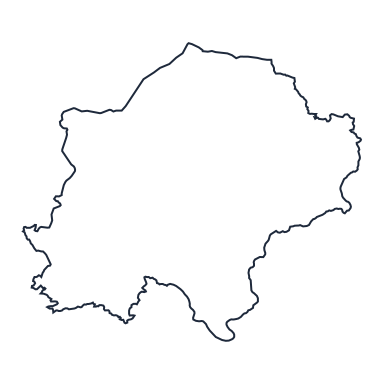 the district of Tesouro, Mato Grosso, Brazil
{"feature_id": "56859067B1460135185078", "entity_name": "Tesouro", "entity_type": "district", "adm_level": 2, "iso_a3": "BRA", "parent_name": "Brazil", "parent_adm1": "Mato Grosso", "projection": "orthographic", "projection_center": [-53.481, -15.916], "detail": "fine", "context": "isolated", "style": "outline", "palette": "slate", "viewbox_px": 384, "rotation_deg": 0, "n_neighbors": 0, "source": "geoboundaries", "source_scale": "gbopen_adm2", "svg_char_len": 5920}
<svg xmlns="http://www.w3.org/2000/svg" viewBox="0 0 384 384"><path d="M316.6,117.9L316.3,116.2L315.3,115.4L316.1,114.0L314.0,114.0L311.7,113.7L310.0,113.9L308.3,113.1L308.5,110.8L307.3,109.1L307.8,107.5L306.2,106.5L305.9,104.2L306.6,102.2L306.2,100.9L305.4,99.8L304.2,98.9L303.3,97.3L301.5,96.5L300.3,95.5L299.7,94.3L298.7,93.4L298.1,91.8L295.9,89.2L294.8,88.8L295.2,87.2L293.8,83.3L294.9,81.7L294.4,78.0L292.5,77.6L287.4,75.5L286.3,75.7L285.2,74.6L283.6,74.7L280.3,73.5L275.8,73.6L274.0,70.7L274.0,68.1L273.2,66.2L271.5,63.6L271.6,62.2L271.3,59.8L267.0,59.8L262.2,59.1L257.5,57.9L248.2,56.7L240.3,56.6L236.2,58.2L232.0,55.2L227.4,53.4L215.6,52.1L211.9,51.0L207.9,51.7L202.7,51.2L202.5,50.1L198.8,47.4L191.9,44.1L188.6,43.2L187.5,44.2L182.6,53.3L176.2,57.7L169.4,64.0L160.0,67.9L153.9,72.5L143.5,79.2L125.7,106.1L121.7,110.6L116.1,110.6L113.4,111.5L111.0,110.0L109.4,109.8L101.2,113.0L99.9,113.2L87.2,110.8L81.7,111.4L74.8,108.3L73.5,108.2L63.7,111.9L62.2,114.1L61.7,115.5L62.4,119.6L59.9,121.8L60.4,125.1L62.6,127.6L64.0,128.3L66.8,128.5L67.4,129.8L66.5,131.3L67.0,134.7L66.2,137.8L62.3,149.4L62.2,151.1L71.2,164.4L73.9,166.5L74.8,168.2L75.1,169.9L74.9,171.2L71.7,175.9L69.7,178.1L66.4,180.6L65.3,182.1L63.8,185.1L61.7,193.3L61.7,195.1L59.1,196.4L55.9,196.3L54.1,198.9L56.3,201.1L57.8,201.2L58.6,202.4L60.1,203.5L60.7,205.1L59.8,206.1L53.7,208.5L51.5,214.5L52.2,220.4L51.2,223.3L49.3,227.5L47.5,227.7L41.2,226.9L40.0,227.4L38.8,228.6L37.4,231.2L35.7,231.0L34.6,230.2L35.6,227.6L35.9,225.0L34.7,224.9L33.8,225.9L30.1,227.8L26.6,227.8L25.6,226.9L24.1,227.1L23.6,228.6L24.1,230.3L23.0,231.4L24.6,232.3L25.5,235.2L26.5,236.4L26.7,238.3L27.8,239.6L29.2,239.6L30.1,241.2L30.8,243.4L32.4,244.9L34.3,248.3L36.4,250.9L38.2,250.6L41.2,251.4L43.1,251.5L45.2,253.6L46.3,255.0L50.7,264.3L50.1,265.6L47.9,266.0L44.2,270.0L43.6,271.6L42.8,272.5L41.3,277.0L39.9,275.6L38.7,275.3L37.3,276.6L35.9,277.1L34.5,277.0L33.4,279.3L33.1,281.1L34.3,281.6L35.1,283.2L33.6,285.5L32.0,285.9L31.7,287.6L33.3,287.9L35.5,289.3L37.0,289.2L40.8,285.6L43.0,288.1L44.4,287.7L45.4,288.6L44.6,289.6L43.4,289.8L42.3,290.9L41.8,292.3L40.7,293.5L43.6,293.7L46.7,294.8L47.8,295.9L48.4,297.2L51.4,299.0L50.5,300.3L51.1,301.5L55.2,301.4L56.9,301.7L57.8,303.2L56.9,304.3L52.6,306.2L51.0,306.1L48.3,306.5L47.2,307.1L49.7,308.6L52.5,308.6L53.1,310.0L53.3,312.5L56.2,310.4L57.5,310.5L58.7,311.0L60.2,311.0L62.0,310.5L63.2,309.3L65.5,308.3L67.4,308.4L68.9,309.3L74.4,308.5L75.8,308.0L77.9,306.6L80.5,307.3L81.6,307.1L82.8,305.6L84.3,304.4L86.0,304.6L87.2,304.0L88.6,304.0L91.1,303.5L92.9,302.6L93.5,303.9L94.9,304.3L94.1,306.6L96.0,306.6L97.1,306.1L98.3,306.3L99.4,305.1L101.2,305.1L103.4,305.6L104.2,307.1L103.9,309.0L104.9,310.4L108.5,310.3L109.4,311.2L109.6,313.1L111.3,313.6L112.0,314.8L113.9,315.4L115.9,315.2L117.7,315.9L118.5,317.3L119.8,316.8L120.8,318.0L119.9,319.3L121.7,320.0L123.3,319.8L124.5,322.7L125.6,323.3L127.3,322.6L127.2,320.6L128.4,319.8L131.0,319.3L132.6,318.4L134.5,315.6L133.3,315.3L129.7,315.5L129.1,313.9L129.1,310.6L129.6,308.9L130.3,307.9L131.4,307.3L131.5,305.1L133.4,303.9L135.5,303.8L136.9,304.3L138.4,301.4L139.5,300.2L137.9,297.8L138.4,294.9L139.4,293.4L140.6,292.3L141.8,291.7L144.3,292.1L145.9,291.5L145.4,290.4L144.0,289.6L142.3,287.9L143.8,286.3L145.3,285.3L146.5,283.8L146.1,282.2L144.7,278.9L144.4,277.3L145.4,276.7L147.2,277.1L148.7,277.0L150.2,278.2L152.6,277.7L153.7,278.8L155.2,279.4L156.4,280.4L157.0,283.1L158.6,283.5L159.5,284.4L160.8,284.0L162.8,284.0L164.3,284.8L165.7,285.0L166.9,285.8L167.7,284.8L170.1,283.9L173.5,284.7L176.2,286.0L180.5,289.2L182.9,291.5L184.8,294.3L187.0,296.6L188.6,299.2L189.4,301.7L189.8,303.8L189.7,305.5L190.1,307.0L191.2,308.4L193.0,309.9L194.4,311.9L194.5,313.4L193.1,317.8L193.3,319.5L195.9,320.8L199.1,321.3L201.8,321.0L203.3,321.4L206.0,324.1L207.2,326.8L209.7,330.5L215.8,337.0L222.1,340.0L225.8,340.8L228.8,340.6L231.9,339.3L233.2,338.4L234.2,336.9L234.2,334.7L233.6,333.2L231.7,331.0L229.5,329.5L227.6,327.0L226.5,324.7L226.5,323.0L227.2,321.8L229.7,320.0L231.2,319.4L233.7,319.5L236.4,319.0L238.3,318.5L240.9,316.9L243.0,314.5L244.4,313.4L245.9,313.2L247.4,312.0L248.3,310.3L250.0,309.9L253.0,307.9L253.3,305.3L257.1,302.5L257.9,301.5L257.9,298.2L256.9,295.9L253.9,293.1L252.5,292.2L251.4,290.4L250.7,280.2L249.1,278.0L249.2,276.3L248.5,272.9L249.1,269.5L250.6,267.7L252.6,267.2L254.0,265.8L254.0,263.7L253.7,262.2L254.1,260.9L255.0,259.5L259.8,257.0L263.3,257.1L265.2,254.4L265.3,253.0L264.4,250.2L264.2,247.7L265.5,243.7L268.0,240.9L268.7,239.8L269.9,235.5L270.8,234.3L276.1,230.9L278.0,232.4L279.9,232.7L282.8,231.2L284.4,232.1L286.5,231.8L289.0,230.3L290.2,226.7L293.2,226.3L294.7,225.7L298.9,225.5L300.1,225.1L303.1,226.4L306.8,226.0L309.0,225.0L311.1,221.4L313.3,219.1L314.5,218.9L316.0,217.9L316.8,217.0L322.5,214.8L325.2,213.0L326.3,211.5L327.7,211.4L329.2,210.4L330.9,210.9L333.4,210.1L334.8,208.9L336.8,208.5L338.3,209.0L339.9,208.7L341.4,208.9L342.2,210.0L342.5,211.6L343.6,212.8L344.8,213.3L347.0,210.7L348.8,210.5L350.5,208.2L350.9,206.8L350.5,205.0L349.3,202.8L348.1,201.8L346.9,201.5L345.8,200.7L343.1,197.7L342.3,196.3L341.8,193.4L340.5,189.6L340.4,188.2L340.7,186.7L344.1,179.0L346.5,177.4L347.5,175.7L350.8,172.8L352.1,172.4L353.2,171.5L355.1,171.7L356.7,170.6L357.7,169.4L357.5,167.4L358.4,165.3L358.4,161.5L359.7,159.0L359.9,157.8L359.7,156.2L358.3,151.3L359.3,149.7L358.9,147.9L356.8,144.2L356.7,142.8L358.5,142.3L360.5,140.8L361.0,139.7L360.3,138.4L357.5,137.6L356.5,136.1L355.8,134.1L354.5,133.6L353.6,132.4L351.5,132.0L350.2,130.4L351.3,129.9L353.4,129.5L354.2,126.0L353.0,124.2L352.7,122.5L353.7,121.8L354.0,118.6L350.7,117.8L349.7,117.1L349.2,115.9L347.4,114.3L344.8,114.6L342.7,117.1L338.0,116.3L333.4,114.4L331.6,114.1L330.0,115.4L330.7,118.4L329.8,120.2L328.6,121.3L327.1,121.3L326.2,119.6L325.3,118.8L323.1,119.4L318.9,118.9L318.1,117.8L316.6,117.9ZM316.6,117.9L315.2,118.8L314.5,117.3L316.6,117.9Z" fill="none" stroke="#1e293b" stroke-width="2"/></svg>